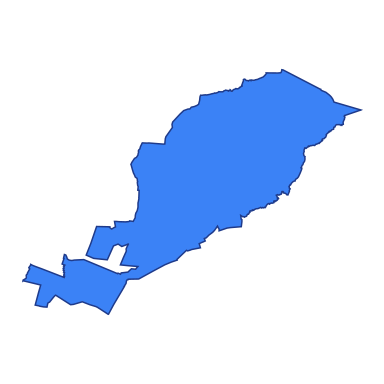 Otzolotepec, México, Mexico (Mercator projection)
{"feature_id": "50627088B76807982873718", "entity_name": "Otzolotepec", "entity_type": "district", "adm_level": 2, "iso_a3": "MEX", "parent_name": "Mexico", "parent_adm1": "México", "projection": "mercator", "projection_center": [-99.535, 19.444], "detail": "fine", "context": "isolated", "style": "filled", "palette": "blue", "viewbox_px": 384, "rotation_deg": 0, "n_neighbors": 0, "source": "geoboundaries", "source_scale": "gbopen_adm2", "svg_char_len": 5927}
<svg xmlns="http://www.w3.org/2000/svg" viewBox="0 0 384 384"><path d="M266.4,72.9L266.6,73.2L264.6,75.7L262.7,77.3L261.8,77.5L261.1,77.9L260.1,78.2L257.5,79.4L255.3,79.8L254.5,80.2L253.1,80.3L251.5,80.0L251.0,80.7L250.8,80.5L250.7,80.1L250.0,80.1L249.3,80.3L248.5,80.9L248.3,80.7L246.1,80.4L245.1,79.3L244.2,79.1L243.4,79.6L243.4,81.0L242.7,82.5L242.4,83.6L241.7,85.4L242.1,85.7L242.1,86.1L241.1,86.5L240.1,87.4L239.7,87.5L239.5,87.4L239.3,87.6L239.2,88.0L238.7,88.5L237.0,88.9L235.9,88.5L234.7,89.3L234.0,89.4L232.9,90.1L232.3,91.1L231.3,91.2L231.0,90.9L230.7,90.1L230.4,89.9L230.4,90.3L229.6,90.6L229.3,90.3L228.6,90.6L228.4,91.0L227.2,90.4L226.3,90.3L225.7,90.1L225.3,90.4L224.0,90.8L223.0,91.7L222.3,91.8L219.7,91.8L218.9,91.6L217.9,92.4L215.7,93.2L215.3,93.2L214.9,92.9L214.1,93.3L211.0,94.0L210.2,94.3L206.6,95.0L205.7,94.8L204.8,95.0L204.3,94.9L201.8,95.3L200.6,95.2L200.0,96.8L199.6,100.6L198.6,104.3L197.0,105.4L194.4,106.5L191.3,107.2L189.8,109.0L188.1,109.0L183.7,110.6L180.2,113.9L172.7,122.0L172.0,124.4L172.4,127.5L165.9,136.7L165.3,138.7L164.8,144.0L163.2,144.1L149.0,143.0L146.9,143.1L142.3,142.9L142.1,143.1L141.6,144.3L140.5,146.5L139.8,149.0L138.7,150.0L138.3,151.1L138.7,151.9L138.2,153.4L137.9,155.2L136.4,157.4L134.5,158.4L131.9,162.3L130.9,164.4L131.2,165.1L132.5,169.9L133.5,173.1L134.4,174.8L135.3,177.1L137.0,178.3L137.3,179.4L137.4,181.2L137.7,181.7L137.3,182.5L137.7,185.6L138.2,186.5L137.8,190.2L139.1,190.4L138.9,196.9L138.8,197.3L138.9,198.5L138.3,201.8L138.0,202.9L138.0,207.2L137.3,210.3L136.7,211.7L135.9,213.0L135.5,214.5L135.3,215.6L135.2,217.7L133.2,221.4L129.7,220.9L129.6,221.3L128.5,221.6L125.6,221.9L119.3,221.7L115.9,221.4L114.5,221.4L115.5,226.9L113.8,227.7L112.3,228.7L111.5,229.0L109.1,227.0L109.3,226.8L96.6,226.5L90.8,243.5L86.2,255.1L93.7,258.4L107.3,259.8L113.5,245.9L118.0,244.1L118.5,244.3L121.8,246.5L127.7,244.3L128.6,243.6L126.8,247.3L126.1,249.0L126.3,250.9L126.2,251.4L123.4,257.6L120.4,264.9L128.3,265.7L137.9,266.5L135.6,269.2L131.4,268.8L127.9,272.1L121.2,272.9L120.5,274.2L118.2,273.2L117.2,273.3L117.2,273.5L83.8,259.6L73.9,260.1L73.4,260.3L71.5,260.5L69.5,260.2L68.8,259.9L67.3,258.9L66.8,257.1L65.8,255.0L64.4,254.5L63.5,258.3L64.0,258.5L62.1,264.0L64.7,265.1L63.9,265.6L63.6,266.2L64.2,266.4L63.7,268.2L63.4,268.1L63.2,268.6L63.9,268.8L63.3,270.3L64.2,270.7L63.6,272.2L64.5,272.6L63.9,274.2L64.3,274.4L63.7,275.8L64.6,276.2L64.2,277.5L41.7,268.8L35.7,266.6L31.9,265.1L31.8,264.9L30.7,264.4L30.7,264.9L30.5,265.3L28.9,267.5L28.8,267.8L29.0,268.1L29.6,268.5L29.7,268.9L27.4,273.1L27.5,273.5L27.4,273.8L27.1,274.2L26.3,275.0L26.2,275.3L26.3,276.6L26.3,277.7L26.0,278.4L23.3,280.0L23.1,280.1L23.0,281.0L23.3,280.8L40.7,285.0L38.4,293.1L35.2,305.1L39.1,305.9L39.7,306.2L43.6,306.9L47.0,307.1L47.8,303.3L48.2,302.8L49.6,302.1L53.6,297.1L54.9,295.7L55.7,295.2L70.6,304.7L73.4,304.4L82.3,301.8L89.8,304.7L96.0,306.6L97.6,307.4L108.2,314.3L108.5,314.2L113.6,304.7L124.3,286.6L124.1,286.5L126.0,283.5L126.5,280.7L127.0,280.0L128.1,279.7L128.2,279.2L138.7,279.0L152.9,271.2L164.8,264.8L171.3,262.1L177.2,260.1L177.0,259.4L186.5,250.3L187.6,250.9L190.0,250.2L191.7,249.5L200.4,247.8L199.2,243.6L205.2,241.0L204.3,238.5L206.3,237.8L208.8,235.2L212.8,232.2L214.5,230.4L217.5,226.1L218.3,227.9L218.7,228.3L219.1,229.1L219.1,230.8L227.0,228.1L230.2,227.6L241.3,226.7L241.9,221.7L241.9,219.6L241.2,219.2L240.7,215.4L242.7,216.7L243.5,216.6L244.4,217.2L244.7,217.0L244.8,216.7L245.9,216.5L246.6,216.1L247.3,214.5L247.7,214.2L248.5,214.2L249.4,212.6L249.9,212.4L249.9,212.1L249.7,211.5L250.2,210.8L250.8,211.0L252.1,210.8L252.5,210.4L252.3,210.1L252.9,209.8L253.3,210.3L254.1,210.0L254.6,209.4L255.0,209.3L255.9,208.8L258.0,208.6L260.7,207.4L261.3,208.0L261.7,208.0L262.3,207.5L263.3,207.9L264.5,207.3L265.0,207.7L265.8,206.8L266.3,205.6L267.6,204.0L268.8,203.5L269.2,204.1L269.6,204.2L269.9,203.8L269.8,203.6L271.7,203.0L272.0,203.2L272.6,203.1L273.8,202.7L273.8,201.8L274.4,201.8L274.1,201.0L274.7,200.9L275.0,201.4L275.4,201.1L275.8,201.1L276.0,200.7L276.5,200.7L277.4,200.0L277.5,199.2L278.2,199.0L278.6,198.6L278.1,197.8L277.4,198.1L277.1,196.5L276.3,195.2L277.7,194.6L278.1,195.0L279.1,195.1L279.6,194.6L280.2,194.6L281.3,194.1L281.3,193.4L281.8,192.8L281.9,191.6L283.0,191.5L283.5,192.0L283.4,192.9L285.6,193.4L287.0,194.9L287.4,194.7L287.9,194.9L289.4,191.4L289.3,190.3L290.0,189.2L290.1,188.7L289.5,188.4L289.3,188.1L289.3,187.0L289.0,186.7L289.7,185.3L290.4,185.1L290.3,184.5L291.3,183.9L291.5,183.1L293.0,181.7L294.5,181.0L295.1,181.0L295.2,180.2L296.1,178.9L297.2,178.3L298.4,176.9L300.2,173.0L301.5,169.7L301.8,168.6L301.3,168.3L301.0,167.8L301.6,167.4L301.5,167.1L301.8,166.0L302.3,165.1L302.8,164.8L303.3,163.5L303.4,162.7L304.3,161.8L304.6,161.1L305.0,159.0L304.8,157.2L305.1,156.8L303.9,155.6L303.5,153.4L304.2,151.4L304.0,150.8L304.2,149.5L304.8,148.7L304.6,148.2L305.0,147.8L306.2,148.3L307.5,147.1L308.4,146.8L308.3,146.2L308.7,146.0L309.4,146.3L310.5,145.6L310.9,145.8L313.2,145.2L313.7,145.4L314.7,145.5L315.9,144.2L316.3,144.1L316.6,144.2L317.4,143.8L317.8,143.7L318.3,143.3L319.2,143.4L319.5,142.6L320.0,142.6L321.6,141.1L321.7,140.7L322.3,140.8L322.6,140.3L322.2,139.7L322.2,139.3L322.4,139.0L324.0,138.7L324.7,137.8L325.5,137.5L326.4,135.4L326.2,134.6L327.5,133.3L328.4,132.6L328.6,132.1L329.0,132.2L329.3,131.4L330.0,131.5L330.3,130.9L330.9,131.0L331.6,129.9L333.6,129.2L333.8,127.3L334.9,127.0L335.6,125.4L336.6,124.6L338.1,124.7L339.2,124.5L339.9,124.9L340.7,124.9L340.9,125.2L341.4,124.8L341.9,125.3L342.5,124.5L343.3,124.3L343.1,122.3L343.9,120.1L344.4,119.6L344.3,118.9L344.9,117.6L344.3,116.6L344.6,116.4L344.4,115.8L344.5,115.5L345.0,115.6L345.9,115.1L359.1,110.6L360.8,110.1L361.0,110.0L334.0,102.1L332.8,99.2L331.4,97.1L330.4,96.0L329.1,94.8L325.9,92.3L321.6,90.5L320.8,89.8L320.8,89.3L319.9,89.0L283.0,69.9L281.8,69.7L281.7,70.6L281.2,72.2L280.8,72.7L280.3,72.8L277.9,73.0L266.4,72.9Z" fill="#3b82f6" stroke="#1e3a8a" stroke-width="1.5"/></svg>